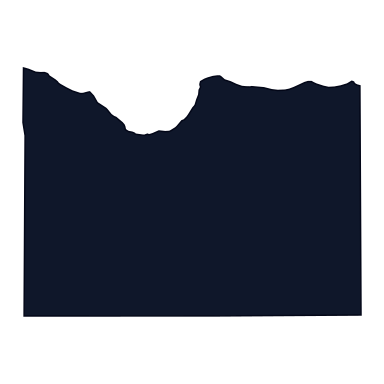 Knox, Nebraska, United States of America
{"feature_id": "52423323B21307284690044", "entity_name": "Knox", "entity_type": "district", "adm_level": 2, "iso_a3": "USA", "parent_name": "United States of America", "parent_adm1": "Nebraska", "projection": "albers", "projection_center": [-97.924, 42.66], "detail": "fine", "context": "isolated", "style": "filled", "palette": "ink", "viewbox_px": 384, "rotation_deg": 0, "n_neighbors": 0, "source": "geoboundaries", "source_scale": "gbopen_adm2", "svg_char_len": 1347}
<svg xmlns="http://www.w3.org/2000/svg" viewBox="0 0 384 384"><path d="M361.0,315.0L359.9,85.8L357.2,85.1L355.3,84.2L354.1,83.1L353.6,82.0L351.8,81.3L347.3,84.0L340.8,86.0L334.4,87.2L328.5,87.5L323.4,86.4L316.3,84.1L313.3,82.7L311.4,81.6L308.1,81.6L304.7,82.6L298.5,85.5L293.9,87.6L289.4,89.3L285.1,90.2L277.7,90.5L271.8,89.8L263.8,87.8L251.6,86.7L250.2,87.0L245.8,86.9L241.8,86.5L236.1,84.5L230.8,82.0L229.4,81.5L224.4,79.9L220.8,76.7L219.7,76.0L217.4,76.0L212.9,76.6L207.7,78.1L204.6,79.3L200.6,81.6L200.0,84.0L200.0,85.0L200.5,86.3L200.4,87.7L199.2,90.0L198.8,94.6L196.8,99.7L195.3,104.7L194.6,105.9L192.9,107.8L188.5,114.9L186.9,117.1L184.1,119.9L181.8,120.8L177.1,126.4L175.6,127.8L170.1,131.2L168.7,131.5L165.2,131.7L158.9,131.0L152.8,133.7L149.6,134.7L148.7,134.7L147.4,134.2L144.4,135.3L142.7,135.2L135.4,134.2L134.6,133.3L132.6,132.4L131.5,132.1L128.6,131.6L126.6,130.5L125.3,129.4L124.7,126.5L124.0,124.8L122.2,122.7L115.9,117.4L113.9,116.6L111.1,114.6L107.0,109.5L105.8,108.3L97.7,103.0L97.1,102.4L93.5,96.0L89.8,92.0L89.4,91.9L87.3,92.4L83.2,93.5L81.4,93.6L79.9,93.5L72.3,91.0L66.3,88.0L60.1,84.5L58.3,83.2L57.4,81.9L55.2,80.0L49.1,76.0L47.9,74.1L47.1,73.5L44.5,72.6L40.3,72.7L35.6,72.3L28.5,69.4L23.5,68.0L23.0,122.5L25.1,135.5L24.1,316.0L26.3,316.0L217.6,315.9L361.0,315.0Z" fill="#0f172a" stroke="#020617" stroke-width="1.5"/></svg>